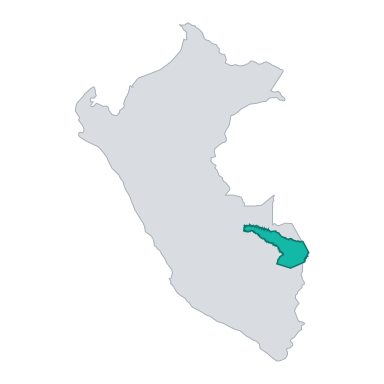 Tambopata, Madre de Dios, Peru shown in context
{"feature_id": "86281439B97572959999904", "entity_name": "Tambopata", "entity_type": "district", "adm_level": 2, "iso_a3": "PER", "parent_name": "Peru", "parent_adm1": "Madre de Dios", "projection": "orthographic", "projection_center": [-70.427, -12.188], "detail": "fine", "context": "in_parent", "style": "filled", "palette": "teal", "viewbox_px": 384, "rotation_deg": 0, "n_neighbors": 0, "source": "geoboundaries", "source_scale": "gbopen_adm2", "svg_char_len": 9142}
<svg xmlns="http://www.w3.org/2000/svg" viewBox="0 0 384 384"><path d="M285.0,99.1L284.9,100.3L283.4,100.9L282.0,100.0L279.9,100.3L276.9,97.5L269.5,97.9L266.3,101.2L261.5,101.9L256.1,103.4L250.1,104.1L240.7,109.4L238.6,111.5L234.3,114.6L230.9,115.7L229.2,125.1L225.8,130.7L224.5,133.8L226.4,138.3L226.3,140.5L224.5,142.4L222.9,142.6L219.7,144.6L214.9,148.8L214.1,152.0L215.7,156.3L215.2,156.8L211.2,157.6L211.3,160.0L210.5,160.9L213.9,164.3L215.8,165.1L215.9,165.9L215.6,166.8L214.8,167.2L214.8,167.9L217.2,170.4L219.0,175.5L222.5,177.9L222.6,179.5L223.6,181.2L225.4,182.3L229.6,187.4L229.7,189.7L225.4,195.2L232.6,195.1L240.6,196.9L241.7,197.8L242.7,200.2L242.8,201.8L244.4,203.1L244.3,206.1L254.8,206.0L261.6,205.3L272.6,196.2L274.3,195.4L273.4,197.4L273.3,198.8L273.9,200.4L272.6,202.6L272.5,224.7L274.5,223.5L277.1,225.6L278.9,225.7L285.0,223.2L291.9,223.6L308.1,252.5L306.7,254.5L306.7,256.0L304.7,257.2L302.7,259.5L302.6,271.0L300.9,274.5L301.8,276.3L302.7,279.9L304.2,282.1L304.5,283.5L304.3,284.1L302.1,285.3L301.9,287.4L297.9,291.5L297.2,294.2L295.6,295.1L295.4,298.2L299.0,303.4L296.6,306.4L294.5,310.8L298.1,320.3L299.5,321.7L301.1,321.6L303.5,322.4L304.7,323.8L301.8,325.6L301.3,326.4L301.5,329.5L298.3,331.8L294.0,337.7L292.9,338.0L290.7,339.8L290.3,340.7L290.7,341.5L292.5,343.3L292.7,345.4L289.6,348.1L287.5,348.4L286.6,349.1L287.5,352.7L287.5,354.4L286.8,356.3L285.3,358.4L280.7,360.6L276.6,361.0L269.5,355.5L267.3,353.3L260.3,348.7L259.2,343.9L256.8,341.5L252.5,339.8L249.1,337.3L246.5,336.2L240.1,330.8L234.2,329.1L223.4,323.4L217.5,321.6L209.9,316.3L205.9,314.9L202.6,312.5L192.6,307.3L191.0,305.6L189.5,303.0L187.3,301.5L184.7,297.9L181.0,295.8L177.4,293.1L172.9,285.6L170.8,283.9L170.6,280.5L169.1,278.9L171.2,277.8L172.5,272.4L171.7,269.7L166.5,262.6L165.5,259.7L161.7,254.2L160.2,251.0L157.3,248.6L156.0,246.6L154.3,245.7L154.2,243.2L152.9,238.4L151.2,236.0L145.3,231.6L144.6,226.7L143.2,223.2L134.7,209.6L129.7,196.4L125.5,189.1L123.8,184.8L123.6,182.5L120.6,178.7L118.9,175.1L112.1,168.4L108.1,160.8L107.5,158.5L104.8,154.4L100.5,149.0L98.3,146.9L85.4,140.6L79.3,136.6L78.6,134.5L78.8,133.3L80.1,132.1L82.0,132.9L83.1,132.5L83.9,130.9L83.9,128.6L82.7,125.7L78.5,120.2L79.6,117.6L75.3,111.1L76.2,104.7L77.1,103.0L83.2,96.3L84.9,93.5L87.5,91.6L90.2,88.9L93.5,86.8L94.4,87.5L95.4,90.9L95.3,93.2L96.3,95.7L94.0,98.2L91.6,97.8L90.6,98.4L90.2,99.5L90.7,101.2L91.3,101.9L93.1,101.9L90.7,105.4L90.9,106.1L92.7,106.7L94.3,105.7L96.0,103.7L97.1,103.4L103.4,106.5L106.3,106.0L108.5,107.5L108.8,109.9L112.0,114.6L116.7,115.6L117.5,115.1L118.5,113.3L119.6,113.0L119.7,110.4L123.8,107.4L124.4,105.5L123.7,104.1L123.8,103.1L126.1,96.8L126.9,96.1L127.6,94.1L128.5,92.8L129.8,85.8L130.9,85.8L132.0,87.4L133.3,86.9L132.6,85.4L132.8,84.8L137.3,79.1L138.7,77.9L160.4,69.7L171.3,61.5L180.9,50.3L183.9,39.2L185.0,39.9L186.8,39.6L186.2,35.2L186.6,33.0L186.6,32.4L183.6,29.8L182.3,26.9L179.7,25.3L179.8,24.7L182.6,25.2L185.1,24.9L187.3,23.0L188.9,23.2L192.4,25.6L195.1,25.8L196.0,27.6L198.6,28.8L202.2,32.6L203.9,36.7L203.8,37.5L205.4,39.7L209.0,40.7L212.6,43.7L216.2,44.6L217.9,47.4L218.9,48.3L219.4,49.8L218.8,51.7L219.4,52.7L222.1,54.3L224.4,54.4L224.9,55.2L226.3,59.7L225.4,62.1L225.7,63.4L228.8,64.5L229.7,65.4L232.1,65.6L235.6,64.6L239.8,66.0L243.1,65.5L244.7,65.1L246.2,64.0L247.5,64.1L250.9,61.1L251.8,60.9L255.4,62.2L258.4,64.2L262.1,63.8L263.7,62.5L266.4,61.8L271.3,64.3L272.3,65.4L273.7,65.7L278.9,68.1L279.8,69.1L282.6,70.1L283.2,70.9L283.0,71.8L270.7,90.7L274.5,92.3L278.1,91.3L279.9,92.6L281.3,95.7L284.0,97.7L285.0,99.1Z" fill="#d9dde1" stroke="#a8b0b8" stroke-width="1"/><path d="M244.0,231.1L244.3,231.2L244.4,230.7L244.8,230.5L245.7,230.8L245.9,231.0L245.7,231.2L245.7,231.4L246.0,231.6L246.5,231.7L246.8,231.5L247.1,231.7L247.3,231.5L247.7,231.4L248.2,231.8L248.8,231.7L249.5,231.1L250.4,231.4L250.9,230.4L251.6,230.4L252.1,230.9L252.3,230.7L252.6,230.9L252.8,230.9L253.2,231.2L253.4,231.5L253.9,231.1L254.2,231.7L253.9,232.1L253.9,232.4L254.2,232.5L254.5,232.4L254.7,232.6L255.2,232.6L255.4,233.3L255.9,233.6L256.4,233.5L257.0,233.6L257.6,234.1L257.9,233.9L258.3,233.9L258.7,234.8L258.5,235.3L259.0,235.2L259.3,235.6L259.1,235.7L259.3,235.9L259.8,236.2L259.8,236.6L260.0,236.7L260.2,237.3L261.5,237.7L261.8,238.2L262.4,238.7L262.6,238.8L263.2,238.4L263.5,238.6L264.0,238.9L264.1,238.7L264.6,238.9L264.6,239.2L264.9,239.3L264.9,239.5L265.0,240.1L265.2,240.7L265.6,240.6L265.5,241.0L265.9,241.1L265.8,241.3L265.9,241.2L266.2,241.5L266.5,241.5L266.8,241.5L266.9,241.8L267.0,241.6L267.3,241.6L267.5,241.7L267.9,241.5L268.1,242.0L268.3,242.0L268.4,242.3L268.6,242.3L268.6,242.5L269.2,242.5L269.3,242.7L270.0,242.9L270.0,243.1L270.1,242.9L270.3,243.1L270.6,243.1L270.6,242.9L270.9,242.8L271.0,242.9L271.4,242.9L271.4,243.1L271.7,243.1L271.8,243.2L272.5,243.1L272.4,243.3L272.6,243.4L272.7,243.7L272.6,243.8L272.8,243.9L272.9,244.1L273.2,243.8L273.1,244.0L273.3,244.1L273.3,244.4L273.5,244.3L273.5,244.6L273.7,244.4L273.8,244.7L273.9,244.8L274.1,244.9L274.1,245.0L274.3,245.0L274.5,245.3L274.9,245.2L274.9,245.3L275.2,245.1L275.4,245.4L275.6,245.3L275.5,245.6L275.8,245.7L276.0,245.6L276.1,245.8L276.2,245.7L276.3,245.8L276.3,246.0L276.8,245.8L277.0,246.0L277.3,246.3L277.4,246.2L277.3,246.4L277.4,246.5L277.9,246.8L278.0,247.4L278.1,247.2L278.5,247.4L278.4,247.8L278.5,247.8L278.6,248.0L278.6,247.9L278.9,248.6L279.1,248.6L279.2,249.2L279.3,249.4L279.2,249.5L279.4,249.5L279.5,249.8L279.5,250.0L279.7,250.5L279.4,251.0L279.7,251.1L279.7,251.4L279.9,251.6L280.0,251.5L280.0,251.8L280.2,251.7L280.4,251.8L280.4,252.0L280.7,251.9L280.7,252.0L281.0,252.1L281.1,252.3L281.3,252.2L281.7,252.4L281.9,252.7L282.0,252.5L282.3,252.5L282.4,253.0L282.5,253.1L282.4,253.3L282.5,253.2L282.8,253.3L282.5,253.3L282.5,253.5L282.7,253.4L282.9,253.8L283.5,254.2L283.5,254.4L283.1,254.6L282.8,255.0L281.8,255.4L281.3,255.7L280.6,256.5L279.7,256.9L279.5,257.7L279.1,258.2L278.9,258.8L278.3,259.1L277.8,260.2L277.7,261.9L277.3,262.5L276.9,263.8L290.6,268.1L304.6,261.9L304.7,261.6L304.8,261.4L304.6,261.4L304.5,260.7L304.9,260.8L304.6,260.7L304.8,260.4L304.6,260.3L304.8,259.5L304.7,259.4L304.9,259.2L305.0,259.3L305.3,259.1L305.2,258.9L305.4,258.8L305.2,258.6L305.4,258.6L305.2,258.5L305.5,258.2L305.8,258.2L305.6,257.9L305.9,257.8L305.9,257.3L306.2,257.3L306.3,256.8L306.6,257.0L307.3,256.5L307.0,256.4L307.3,256.2L307.2,256.1L307.6,255.9L307.4,255.6L307.2,255.5L307.2,255.3L307.1,255.0L307.2,254.6L307.4,254.4L307.6,254.4L307.8,254.0L307.8,253.8L308.0,253.6L308.3,253.4L308.1,253.0L308.5,253.0L308.5,252.9L308.7,252.6L302.9,241.5L302.2,241.5L300.9,241.4L300.3,241.9L300.0,241.6L299.0,241.5L298.9,241.3L298.5,241.2L298.5,241.3L298.1,241.0L297.3,241.4L297.1,241.2L296.8,241.5L296.5,241.3L296.3,241.4L294.9,240.6L293.9,240.7L293.4,240.2L292.8,240.2L292.8,239.9L292.4,239.8L292.3,239.4L291.8,239.3L291.7,239.0L291.3,238.9L291.0,238.7L290.6,238.8L290.5,238.6L290.3,238.6L290.1,238.8L289.8,238.8L289.5,239.3L289.3,239.2L289.2,239.5L289.0,239.3L288.6,239.5L288.4,239.3L287.8,239.3L287.6,239.1L287.3,239.2L286.8,239.0L286.5,238.8L286.1,238.6L285.9,238.2L285.7,238.3L285.6,238.0L285.4,238.2L284.9,237.7L284.5,237.8L284.3,237.5L283.7,237.7L282.8,237.0L282.6,237.1L282.1,236.9L281.8,236.7L281.0,236.1L280.3,235.1L279.9,234.9L279.8,234.6L279.5,234.4L278.9,233.1L278.0,232.8L277.7,232.9L277.4,232.6L276.7,232.5L276.3,232.0L276.0,231.9L276.0,231.4L275.6,231.0L270.7,231.6L270.2,231.6L269.7,230.8L269.8,231.2L269.6,231.0L269.3,231.0L269.4,230.5L269.2,230.4L269.1,230.6L268.8,230.6L268.2,230.3L268.5,229.9L268.4,229.6L268.2,229.6L268.2,229.8L267.8,229.8L267.6,230.0L267.7,229.6L267.4,229.9L267.4,229.7L267.2,229.6L267.0,229.9L266.6,229.5L266.4,229.5L266.0,229.2L265.7,229.4L265.6,229.1L265.3,229.3L265.4,229.1L265.1,229.2L264.9,228.9L264.7,229.2L264.7,228.9L264.3,228.8L264.2,229.0L264.1,228.8L264.1,228.6L263.8,229.0L263.6,228.6L263.1,228.7L263.0,228.4L262.8,228.5L262.8,228.8L262.5,228.5L262.0,228.4L262.0,228.2L261.7,228.6L261.7,228.2L261.5,227.9L261.2,228.1L260.9,227.9L260.8,228.0L260.5,227.9L260.3,228.0L260.3,227.7L259.9,227.7L259.8,227.4L259.6,227.6L259.2,227.6L259.1,227.8L259.0,227.3L258.7,227.3L258.3,227.1L258.0,227.1L258.0,226.8L257.7,227.0L257.8,226.7L258.0,226.6L257.9,226.4L257.8,226.6L257.3,226.5L256.9,226.2L256.9,226.5L256.3,226.1L256.1,226.4L256.0,226.0L255.8,226.3L255.6,226.1L255.3,226.5L255.1,226.2L254.8,226.3L254.6,226.3L254.5,226.5L254.3,226.2L254.2,226.4L253.7,226.3L253.6,226.5L253.6,226.4L253.1,226.2L253.0,225.8L252.8,225.9L252.8,225.7L252.2,226.2L252.2,225.9L251.5,226.0L251.4,225.8L251.2,225.9L251.2,225.7L250.8,225.6L250.7,225.4L250.6,225.5L250.4,225.4L250.4,225.5L250.1,225.2L250.2,225.6L249.6,225.8L249.5,225.7L249.5,225.4L249.3,225.5L249.3,225.3L249.2,225.5L248.8,225.5L248.5,225.5L248.4,225.7L248.1,225.5L247.7,225.6L247.4,225.8L246.9,225.7L246.8,225.9L246.7,225.7L246.5,225.8L246.3,225.6L245.9,226.1L245.2,226.1L244.8,225.8L244.8,225.5L244.5,225.3L244.2,225.4L244.4,226.4L245.0,226.2L245.5,226.5L245.5,226.8L245.3,227.1L244.7,227.2L244.5,227.6L244.4,227.5L244.2,227.5L244.0,227.8L244.3,228.0L244.1,228.3L244.1,228.8L244.0,229.1L244.1,229.5L243.7,230.1L244.0,231.1Z" fill="#14b8a6" stroke="#0f766e" stroke-width="1.5"/></svg>